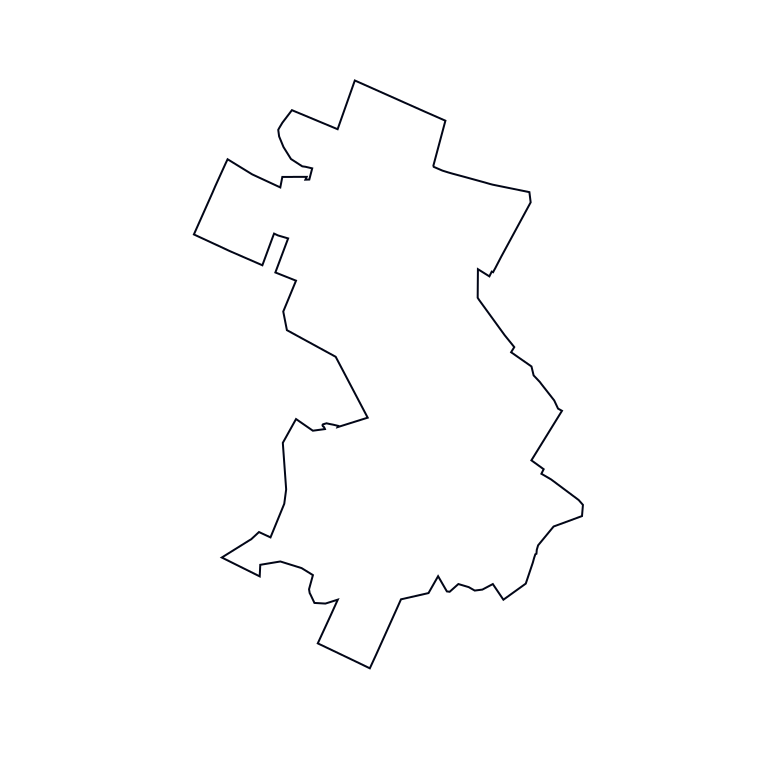 outline of Nacozari de García, Sonora, Mexico, rotated 114°
{"feature_id": "50627088B6815540096020", "entity_name": "Nacozari de García", "entity_type": "district", "adm_level": 2, "iso_a3": "MEX", "parent_name": "Mexico", "parent_adm1": "Sonora", "projection": "orthographic", "projection_center": [-109.467, 30.48], "detail": "fine", "context": "isolated", "style": "outline", "palette": "ink", "viewbox_px": 768, "rotation_deg": 114, "n_neighbors": 0, "source": "geoboundaries", "source_scale": "gbopen_adm2", "svg_char_len": 2002}
<svg xmlns="http://www.w3.org/2000/svg" viewBox="0 0 768 768"><g transform="rotate(114 384 384)"><path d="M486.6,175.4L482.0,176.1L478.0,176.5L477.1,175.7L473.3,177.0L468.7,177.6L445.2,171.1L424.1,149.4L413.5,153.1L410.8,159.0L403.2,192.6L402.0,203.7L396.9,203.5L393.8,218.3L336.1,210.5L335.7,215.0L329.8,221.8L320.2,239.9L318.8,242.4L315.3,250.8L308.0,256.4L303.3,280.8L297.3,280.0L290.3,293.7L268.6,331.2L267.1,333.5L240.9,344.9L242.8,331.5L237.5,331.3L237.5,329.8L235.4,329.7L233.4,329.5L220.1,328.7L190.5,326.4L158.4,323.9L149.6,329.2L157.7,365.8L158.2,368.8L158.9,373.9L162.1,395.0L164.0,407.1L164.6,411.4L165.3,417.4L165.4,426.9L164.4,427.7L118.5,435.0L118.6,457.4L118.6,479.2L118.6,534.1L170.1,530.0L171.3,579.5L186.6,583.1L191.5,583.7L191.8,583.7L192.2,583.8L193.5,583.9L194.8,584.0L195.8,583.4L200.5,580.5L208.4,572.2L216.3,560.5L218.4,547.2L217.5,544.1L216.2,537.3L227.6,535.4L229.3,538.9L226.2,538.9L236.2,561.1L246.6,558.7L246.1,589.7L242.3,618.3L246.9,618.4L272.2,618.6L279.1,618.5L324.7,618.5L325.3,579.7L325.3,576.7L325.0,543.4L295.0,545.4L291.3,545.6L291.4,541.3L290.0,530.8L324.6,528.7L326.3,528.6L325.4,506.4L358.8,505.5L374.3,494.6L375.8,476.3L378.8,439.2L421.4,385.2L442.3,408.9L440.9,408.9L441.9,414.2L442.4,416.3L442.8,418.1L443.3,420.6L443.5,420.8L443.9,421.2L444.3,421.8L444.9,422.3L445.3,423.0L445.8,423.4L446.2,423.5L446.7,423.4L447.1,423.0L447.4,422.7L447.5,422.3L447.6,421.7L447.8,421.3L448.2,420.8L448.6,420.2L449.2,419.6L455.6,430.0L451.8,450.1L478.9,452.5L482.3,450.7L520.1,430.5L534.0,426.4L570.3,425.3L570.1,438.0L579.9,442.2L581.4,443.3L608.5,461.6L610.3,419.3L599.5,423.5L588.3,406.5L585.7,384.4L587.5,371.2L602.0,369.0L605.3,366.8L606.1,365.7L612.3,358.5L608.4,348.2L599.8,338.5L616.7,338.6L647.9,339.0L648.9,300.9L649.5,281.3L634.5,281.1L583.7,280.9L573.8,280.9L556.9,258.3L537.6,256.4L547.9,242.2L547.1,239.5L536.5,234.7L535.1,224.0L535.8,217.1L531.8,210.5L522.5,203.2L532.5,187.2L508.7,173.3L486.6,175.4Z" fill="none" stroke="#020617" stroke-width="2"/></g></svg>